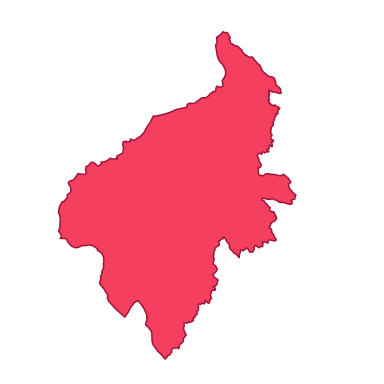 the district of Phonxay, Louangphrabang, Laos, rotated 313°
{"feature_id": "54806243B12835501655609", "entity_name": "Phonxay", "entity_type": "district", "adm_level": 2, "iso_a3": "LAO", "parent_name": "Laos", "parent_adm1": "Louangphrabang", "projection": "equal_earth", "projection_center": [102.787, 19.886], "detail": "fine", "context": "isolated", "style": "filled", "palette": "rose", "viewbox_px": 384, "rotation_deg": 313, "n_neighbors": 0, "source": "geoboundaries", "source_scale": "gbopen_adm2", "svg_char_len": 6048}
<svg xmlns="http://www.w3.org/2000/svg" viewBox="0 0 384 384"><g transform="rotate(313 192 192)"><path d="M330.3,105.4L326.9,105.5L321.7,104.6L319.4,107.4L317.6,108.9L315.5,109.0L308.8,117.7L307.2,120.8L306.2,124.0L306.2,127.5L304.0,133.2L301.2,136.3L297.4,137.7L294.2,138.0L290.6,142.5L287.7,141.2L286.5,138.1L284.6,138.6L281.6,140.4L279.8,139.1L276.5,138.3L273.8,138.5L270.5,137.9L267.7,135.0L258.0,133.2L256.9,131.4L254.2,129.0L252.1,129.0L250.7,130.6L241.4,124.1L237.8,122.8L231.4,119.5L222.2,113.4L221.3,111.9L214.3,113.9L208.8,114.7L203.3,116.2L198.6,116.4L190.0,114.4L189.6,114.0L189.7,112.7L188.6,110.9L187.6,111.7L187.0,111.7L186.7,112.2L186.1,111.9L184.4,110.5L184.2,108.9L183.0,108.7L182.0,107.5L179.7,108.6L178.5,110.2L178.5,110.8L177.3,111.7L176.4,113.0L173.0,114.8L167.3,112.6L166.5,113.0L165.5,114.9L165.0,114.9L164.9,113.7L163.6,113.2L162.0,111.5L160.8,109.1L158.6,108.9L154.3,107.4L152.0,105.2L151.0,106.6L147.3,105.8L146.6,105.2L146.7,102.0L146.3,99.7L145.2,98.1L140.2,98.1L138.8,97.2L136.1,98.4L134.8,100.1L134.2,101.7L132.2,101.7L130.6,100.3L127.7,96.0L121.3,97.1L119.8,97.0L116.9,95.3L114.6,95.0L113.7,96.5L113.1,99.2L110.7,102.3L109.5,103.1L107.9,103.2L105.0,102.6L102.6,104.7L97.9,104.7L96.1,103.7L90.4,105.3L85.6,108.6L85.5,109.9L82.7,113.8L76.4,119.1L72.4,121.3L71.3,125.6L70.4,126.6L68.3,127.4L71.3,130.8L72.1,132.6L70.8,134.7L71.0,135.3L70.4,137.4L70.3,140.8L71.5,144.5L74.1,146.8L77.4,147.9L81.2,151.5L82.8,152.3L85.0,156.1L86.0,161.6L84.9,162.5L85.5,165.5L85.5,168.1L83.7,172.3L81.8,173.8L81.8,174.4L81.0,175.1L80.0,175.4L79.0,176.3L77.2,178.4L76.5,178.5L75.4,179.6L73.1,180.0L71.8,180.8L71.6,181.4L69.7,182.4L68.4,182.4L66.9,183.6L65.9,184.9L63.8,185.6L62.4,186.6L61.8,187.9L61.1,193.4L59.3,200.4L57.2,202.0L55.3,205.3L54.4,216.4L54.7,228.2L61.7,227.1L63.9,226.2L66.8,225.7L71.6,225.3L75.7,226.4L75.3,230.8L74.5,234.3L73.7,237.2L71.6,242.1L68.2,245.9L63.4,248.4L63.1,249.4L63.3,251.3L62.8,256.0L61.4,258.8L55.7,264.5L53.7,267.8L52.2,275.6L52.2,280.9L51.4,285.3L51.6,286.3L53.8,286.4L55.4,285.8L57.7,286.9L58.6,286.5L61.2,286.4L61.9,285.3L63.0,284.6L64.3,284.6L68.0,287.3L68.3,289.0L69.2,288.9L72.0,286.9L74.0,287.6L77.1,287.4L78.8,285.7L83.6,285.2L84.2,283.1L86.3,279.0L89.3,277.2L90.7,275.3L91.5,275.8L92.8,277.9L94.2,278.2L95.8,279.7L98.6,280.7L99.3,280.5L100.4,278.9L102.4,279.6L103.9,278.4L105.7,279.3L108.1,277.2L110.2,277.1L114.4,273.3L115.3,273.7L115.8,275.0L117.9,275.4L118.3,276.9L118.8,277.4L119.7,277.2L121.0,275.8L121.7,275.9L121.8,279.7L122.2,280.2L123.3,280.1L124.8,278.8L125.6,278.9L126.8,278.4L127.4,278.9L129.2,275.9L132.4,274.1L134.0,273.8L135.5,275.6L136.1,275.8L137.0,275.4L137.4,274.6L137.5,273.2L137.3,272.4L138.5,273.1L141.4,273.3L143.6,271.6L145.3,271.3L145.6,269.8L145.0,268.1L144.9,265.8L145.6,263.9L146.4,263.4L147.6,263.9L151.3,263.7L152.8,263.0L154.1,259.5L153.8,257.0L155.0,255.5L157.8,254.2L159.3,252.1L159.6,251.0L161.5,250.6L162.6,249.0L164.6,248.6L166.5,247.3L167.8,247.2L171.7,248.2L174.4,245.0L175.8,245.7L177.6,245.4L178.7,246.5L180.0,245.4L180.4,246.6L180.8,246.5L180.6,248.2L179.4,251.1L179.2,254.3L178.6,255.1L178.4,256.3L177.0,257.0L176.1,259.9L176.5,261.4L176.0,264.1L176.6,267.2L176.1,270.9L176.3,271.2L179.1,268.9L180.0,268.9L182.3,267.2L182.8,267.3L183.6,269.2L186.3,270.1L188.4,270.1L188.5,271.8L187.5,275.2L189.6,277.4L192.2,276.6L194.4,274.9L195.3,274.8L196.7,275.3L196.5,277.1L197.2,279.3L199.3,279.3L200.1,280.9L202.7,279.1L203.3,277.6L205.2,279.3L206.4,282.3L208.6,281.1L209.8,281.1L212.6,285.8L214.0,286.4L214.6,286.1L215.4,282.7L216.6,280.5L216.8,277.7L217.7,277.2L218.7,275.6L219.1,274.4L218.6,273.8L218.8,272.3L221.3,272.2L222.7,270.9L223.5,271.4L225.0,271.2L227.0,272.3L229.8,272.1L230.3,272.0L231.2,270.9L231.3,270.0L231.9,269.4L232.4,267.1L233.3,265.7L232.9,264.7L231.8,263.9L231.6,261.5L232.8,260.2L233.9,259.8L233.6,257.8L234.2,255.7L234.2,252.0L234.8,250.3L233.7,248.6L235.0,247.9L235.4,247.8L236.3,248.6L238.2,252.2L241.1,255.1L242.2,255.7L242.4,257.5L243.7,259.4L244.0,262.7L244.6,263.1L245.1,264.5L246.8,265.9L247.6,268.1L249.9,272.2L251.9,273.2L253.4,271.1L253.6,270.1L256.9,272.0L259.9,270.0L260.6,270.1L260.4,265.5L260.8,263.7L260.6,261.9L261.2,261.3L261.6,259.6L262.7,258.1L264.2,257.4L266.2,257.7L266.9,257.0L267.0,255.0L267.7,253.5L267.5,247.1L264.8,246.0L262.9,244.0L262.3,242.3L261.5,241.5L260.4,239.4L259.8,239.0L256.6,234.4L254.8,233.3L252.4,233.1L250.3,229.6L251.2,227.3L253.8,225.2L254.6,224.0L256.2,225.0L258.6,224.6L259.7,222.8L260.2,220.2L262.1,217.7L262.6,215.3L264.7,214.7L265.9,214.9L266.7,215.5L267.1,217.2L269.2,216.2L270.3,217.4L270.2,218.4L272.4,219.3L273.4,220.6L274.0,220.5L274.1,218.0L275.8,218.9L276.5,218.2L277.2,218.1L278.2,216.8L279.2,216.9L279.5,217.7L279.5,219.3L280.4,219.7L282.6,216.3L283.7,217.0L284.9,216.9L285.3,215.7L284.5,214.5L285.2,212.7L286.2,212.1L287.9,211.9L288.6,210.8L288.7,209.6L289.0,209.1L293.2,206.0L296.3,205.8L297.7,204.6L297.9,203.4L299.1,203.6L300.6,203.1L301.2,202.4L302.1,202.5L303.4,201.3L305.7,201.3L306.3,201.2L306.7,200.2L308.0,201.4L308.9,200.1L309.8,199.8L310.4,198.9L311.8,199.3L313.2,199.0L312.9,196.8L312.0,194.8L312.5,193.8L311.1,192.9L310.9,192.3L310.4,192.5L309.9,190.6L310.1,189.0L309.6,187.9L310.2,188.0L310.4,186.1L310.9,185.4L312.2,185.8L312.6,185.3L312.7,184.0L313.4,183.9L314.1,182.8L314.8,183.0L315.0,182.4L315.7,182.5L316.0,181.7L316.6,181.8L316.6,181.1L317.1,181.1L317.3,180.2L317.7,180.2L318.7,178.9L319.3,179.4L319.3,180.8L320.1,182.9L322.0,185.0L323.4,188.3L324.1,189.2L324.7,189.7L325.4,189.4L327.4,186.7L327.9,185.3L327.7,180.1L329.5,178.2L331.4,174.6L330.7,171.8L329.8,171.3L329.1,169.5L328.7,167.5L328.5,161.5L329.2,159.1L331.0,155.3L330.7,152.1L331.1,150.6L331.1,147.8L331.8,145.1L331.8,144.0L329.8,142.0L329.2,140.9L329.0,137.9L328.3,137.0L328.9,135.5L328.8,132.6L330.0,131.6L329.5,130.3L329.8,129.5L329.6,128.3L329.8,126.6L329.1,124.7L328.1,123.4L327.8,120.4L327.1,119.1L327.9,117.5L328.9,116.7L329.3,114.8L330.7,114.8L331.2,114.2L331.7,111.7L332.6,109.8L332.3,108.6L331.4,107.9L330.6,106.5L330.3,105.4Z" fill="#f43f5e" stroke="#9f1239" stroke-width="1.5"/></g></svg>